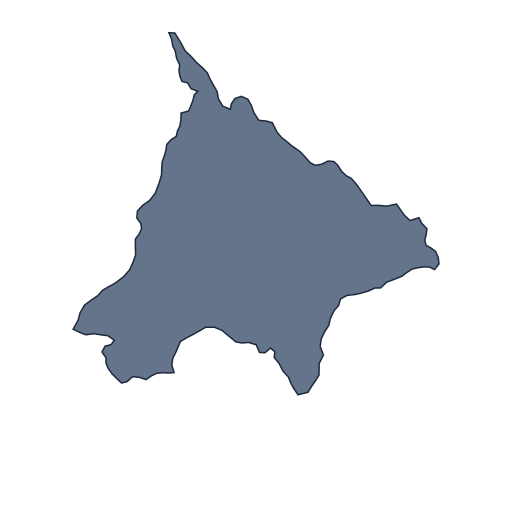 outline of Central de Minas, Minas Gerais, Brazil, rotated 294°
{"feature_id": "56859067B63784148066349", "entity_name": "Central de Minas", "entity_type": "district", "adm_level": 2, "iso_a3": "BRA", "parent_name": "Brazil", "parent_adm1": "Minas Gerais", "projection": "mercator", "projection_center": [-41.293, -18.775], "detail": "fine", "context": "isolated", "style": "filled", "palette": "slate", "viewbox_px": 512, "rotation_deg": 294, "n_neighbors": 0, "source": "geoboundaries", "source_scale": "gbopen_adm2", "svg_char_len": 2448}
<svg xmlns="http://www.w3.org/2000/svg" viewBox="0 0 512 512"><g transform="rotate(294 256 256)"><path d="M372.0,294.0L374.0,288.8L372.1,283.2L366.5,278.6L363.0,273.4L363.2,267.7L366.0,261.6L369.2,254.0L371.5,242.8L373.2,237.2L374.5,231.5L377.7,224.8L384.4,216.7L383.5,210.6L381.1,203.4L386.0,195.9L391.7,190.5L395.9,184.7L395.9,177.7L391.5,172.8L385.1,171.6L379.5,172.8L379.4,164.6L384.4,157.7L390.3,153.7L394.2,148.4L398.9,142.1L403.5,137.1L406.0,131.1L408.7,122.7L411.8,115.8L414.7,107.6L419.9,101.1L423.5,95.8L426.7,91.2L424.6,85.6L419.5,90.9L413.9,94.6L410.6,98.7L404.3,103.1L399.4,108.6L393.9,110.3L389.6,113.1L385.4,117.3L386.3,123.3L382.4,128.6L382.8,135.8L378.1,134.0L372.6,135.1L366.2,135.4L361.0,135.4L356.1,129.4L349.9,132.0L343.6,133.6L338.3,133.4L332.8,134.5L327.7,131.1L321.6,129.1L315.6,130.8L309.5,131.6L303.8,132.0L298.3,134.0L291.7,136.7L283.3,137.8L272.3,138.4L263.7,136.3L255.8,131.7L248.7,129.4L242.2,131.7L238.9,137.5L234.3,140.4L228.4,140.3L222.6,138.9L215.6,141.9L208.1,145.6L200.5,146.2L192.0,146.2L182.9,143.3L174.0,138.4L167.9,133.8L162.2,129.7L155.6,127.7L149.3,123.8L141.4,119.3L132.3,118.4L124.9,119.6L114.8,118.7L114.5,125.3L114.8,132.6L119.1,139.5L121.3,147.8L122.9,152.8L121.5,160.7L116.1,159.7L112.3,154.8L105.7,154.3L101.9,160.4L96.9,162.7L93.2,166.7L89.8,172.4L87.4,178.6L85.3,184.9L88.8,189.3L95.6,192.4L97.7,198.8L98.3,205.8L104.0,209.2L108.5,213.0L111.4,218.2L113.4,223.4L116.2,228.6L122.2,223.4L129.2,221.5L134.3,221.9L139.9,221.9L147.1,221.7L152.8,225.7L159.1,230.7L164.6,234.8L170.4,239.0L174.0,247.0L174.2,255.3L172.6,260.8L171.0,266.6L169.3,272.5L170.7,278.2L174.0,284.5L175.0,292.3L169.3,298.4L171.2,303.5L177.8,306.7L176.2,312.2L170.7,313.9L167.3,320.7L161.9,327.3L158.6,334.8L154.2,339.4L150.9,343.5L146.3,350.8L152.6,358.9L160.3,359.9L166.6,361.2L172.8,362.0L177.5,360.0L183.5,357.4L192.9,357.9L199.5,351.4L206.8,349.3L215.1,349.6L222.4,350.7L229.3,349.3L238.0,349.6L244.4,351.6L251.2,350.7L257.2,355.4L260.8,361.7L264.4,366.6L269.5,372.7L275.1,377.6L277.5,382.8L285.2,386.0L291.2,392.1L296.9,397.6L301.8,400.2L307.3,403.7L311.2,408.7L314.2,413.6L316.5,419.0L316.2,424.6L323.2,426.4L328.8,423.1L333.3,418.1L334.5,412.4L335.0,406.9L339.2,403.7L344.3,402.9L350.4,401.1L353.4,393.9L357.3,389.3L351.0,382.3L353.7,374.7L360.6,363.2L354.7,355.1L352.2,347.5L349.0,340.6L356.1,329.0L362.2,318.9L365.7,311.4L366.0,305.9L368.1,300.0L372.0,294.0Z" fill="#64748b" stroke="#1e293b" stroke-width="1.5"/></g></svg>